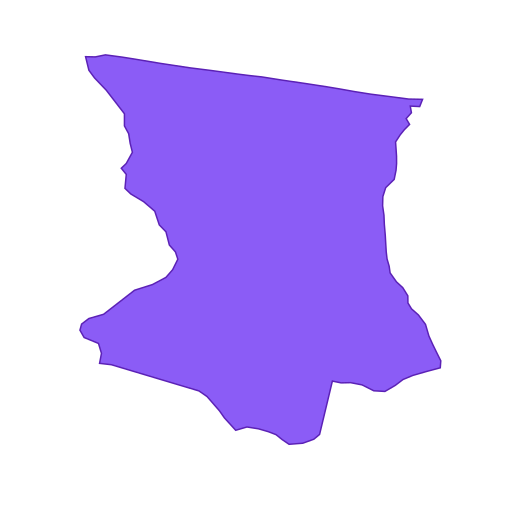 Mataraca, Paraíba, Brazil, rotated 279°
{"feature_id": "56859067B64684814426718", "entity_name": "Mataraca", "entity_type": "district", "adm_level": 2, "iso_a3": "BRA", "parent_name": "Brazil", "parent_adm1": "Paraíba", "projection": "equal_earth", "projection_center": [-35.042, -6.555], "detail": "fine", "context": "isolated", "style": "filled", "palette": "violet", "viewbox_px": 512, "rotation_deg": 279, "n_neighbors": 0, "source": "geoboundaries", "source_scale": "gbopen_adm2", "svg_char_len": 1517}
<svg xmlns="http://www.w3.org/2000/svg" viewBox="0 0 512 512"><g transform="rotate(279 256 256)"><path d="M125.5,118.3L126.0,130.2L113.8,220.8L109.5,229.7L97.4,244.1L91.1,250.2L80.7,263.2L85.7,273.8L85.7,285.5L84.4,295.7L82.7,303.7L78.8,310.5L75.2,318.1L78.4,331.5L84.1,341.8L89.7,346.7L144.4,351.0L144.0,359.9L145.7,369.2L145.3,380.9L141.3,393.4L142.4,404.5L150.1,413.9L157.0,420.5L162.6,429.6L168.8,442.9L174.4,455.5L181.4,454.9L189.4,449.2L196.4,444.3L204.0,439.3L215.0,434.1L223.2,425.6L228.1,417.9L233.4,413.4L240.4,412.2L247.7,405.9L252.4,398.8L260.3,391.1L266.8,389.1L273.6,385.9L280.4,384.0L288.1,382.3L296.4,380.5L307.4,377.8L316.3,376.0L325.4,373.2L334.5,372.0L343.8,373.4L353.3,380.5L362.6,380.9L369.2,380.4L376.5,379.2L382.7,377.8L390.5,376.0L398.3,379.5L404.0,382.8L410.0,387.1L415.2,382.8L421.8,387.1L428.2,384.9L429.2,394.3L436.8,396.0L434.9,382.3L434.2,357.3L433.8,343.9L433.8,327.9L434.1,312.2L434.2,300.1L434.1,277.8L433.8,254.7L433.8,233.7L433.2,221.3L432.8,208.8L432.2,182.4L431.5,160.5L431.3,131.5L431.5,105.2L431.5,92.4L431.1,75.8L427.5,66.1L426.2,56.5L413.3,61.9L406.6,68.7L396.4,82.1L375.9,103.8L363.9,105.7L356.9,111.1L347.6,114.1L339.1,117.7L327.1,113.4L321.6,109.2L316.3,115.1L302.3,116.0L297.7,122.6L292.1,136.5L284.4,149.0L271.6,155.6L265.8,163.3L253.3,168.7L247.4,175.8L240.6,179.3L229.4,175.8L220.8,170.4L211.6,158.2L203.2,141.4L174.6,114.6L168.1,100.7L161.5,94.4L155.2,93.7L148.6,99.0L145.0,114.1L135.7,118.6L125.5,118.3Z" fill="#8b5cf6" stroke="#5b21b6" stroke-width="1.5"/></g></svg>